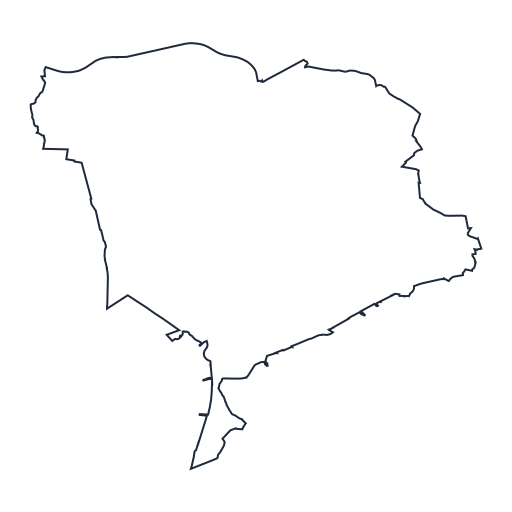 outline of Breda, Noord-Brabant, Netherlands
{"feature_id": "6326949B29161299179415", "entity_name": "Breda", "entity_type": "district", "adm_level": 2, "iso_a3": "NLD", "parent_name": "Netherlands", "parent_adm1": "Noord-Brabant", "projection": "natural_earth1", "projection_center": [4.749, 51.564], "detail": "fine", "context": "isolated", "style": "outline", "palette": "slate", "viewbox_px": 512, "rotation_deg": 0, "n_neighbors": 0, "source": "geoboundaries", "source_scale": "gbopen_adm2", "svg_char_len": 5858}
<svg xmlns="http://www.w3.org/2000/svg" viewBox="0 0 512 512"><path d="M107.0,308.7L127.7,295.3L146.9,307.8L154.6,313.3L162.6,318.5L179.2,330.2L166.7,334.8L172.2,340.9L175.2,338.9L176.2,339.2L178.5,338.9L178.8,338.8L180.5,337.1L179.8,336.3L180.1,335.7L180.4,335.6L181.3,336.2L182.1,335.0L182.5,334.7L182.8,333.9L182.6,332.5L182.8,331.5L184.0,331.3L185.1,331.9L186.8,331.6L188.6,332.6L189.1,333.1L189.3,334.2L189.6,334.6L191.9,335.9L193.8,338.1L194.8,339.1L196.2,340.1L198.4,341.0L201.1,342.6L201.6,343.3L200.5,344.5L199.8,344.7L199.5,345.2L199.6,345.6L200.0,345.8L203.7,342.4L204.8,341.7L206.7,341.0L207.4,344.0L207.5,345.1L207.4,346.1L206.8,347.6L205.0,350.2L204.3,351.3L203.8,353.2L203.9,354.5L204.1,355.8L204.7,357.0L206.0,358.7L207.8,360.1L210.4,361.2L210.7,364.2L210.4,364.2L210.4,364.9L210.6,364.8L211.8,377.7L209.8,377.8L208.1,378.1L204.6,379.6L203.5,379.7L203.3,380.0L203.5,380.1L203.6,380.5L208.7,379.1L210.1,378.9L212.0,379.1L212.2,384.0L212.0,383.9L211.7,392.2L211.1,399.5L209.8,407.2L208.1,414.6L199.7,414.1L199.6,414.9L206.9,415.7L204.9,422.4L198.4,443.2L198.3,442.9L196.0,450.3L195.0,450.9L194.5,451.8L193.8,456.9L191.8,465.7L190.9,468.8L213.4,459.9L217.4,458.1L217.8,456.6L218.0,454.9L220.3,452.1L223.9,445.6L224.1,445.0L224.7,442.1L223.7,440.4L222.5,438.7L230.4,430.3L235.8,428.3L236.0,428.8L242.3,429.3L242.8,428.0L243.9,426.1L245.3,423.9L245.8,423.4L241.9,419.5L242.0,419.3L239.3,418.3L235.4,415.6L232.0,414.1L229.8,410.7L226.7,405.2L226.0,402.6L225.4,401.9L224.4,398.6L223.6,396.6L222.3,395.2L221.7,393.6L219.7,390.6L218.5,388.5L218.4,388.0L218.8,387.7L219.6,383.7L221.5,381.3L221.8,380.6L221.8,380.0L222.4,378.6L225.8,378.4L231.1,378.6L239.4,378.6L242.1,378.4L246.2,377.6L246.0,377.3L247.5,376.3L248.6,374.9L254.3,365.8L255.0,365.0L255.9,364.4L261.2,362.1L264.0,361.9L264.4,362.2L265.1,364.4L266.7,365.3L266.9,365.9L267.5,365.7L267.1,365.2L267.0,364.6L267.5,363.9L267.3,363.4L266.1,362.6L265.8,361.4L265.4,361.2L267.0,355.9L276.1,353.0L276.9,353.1L276.7,352.8L276.1,352.6L282.8,349.9L283.1,350.5L283.7,350.4L291.3,347.1L292.2,347.2L291.5,346.2L296.3,344.4L309.2,339.0L311.3,338.6L318.0,335.5L319.5,335.1L321.9,334.9L322.1,334.6L327.4,334.9L329.9,334.2L331.2,333.6L332.2,332.8L332.9,332.3L329.4,330.3L328.7,329.7L330.0,329.1L330.4,329.0L330.5,329.1L333.4,327.5L333.3,327.4L333.6,327.3L334.0,327.0L348.7,318.7L348.4,318.4L350.3,317.1L353.0,315.6L353.3,315.6L359.3,312.3L361.0,313.9L361.8,314.3L363.5,315.1L364.4,314.7L364.7,315.1L364.8,314.9L361.0,311.1L374.6,303.8L376.4,306.0L377.7,305.8L377.8,305.9L378.0,305.7L376.6,304.1L376.5,303.7L376.7,303.3L380.1,301.5L381.4,302.6L380.7,301.2L392.4,295.4L392.0,295.2L395.0,293.8L399.4,294.4L399.5,295.9L404.2,296.0L404.2,296.3L408.6,295.9L409.0,296.1L410.3,293.4L412.4,291.7L413.3,290.4L414.0,288.5L414.0,286.1L416.2,285.4L417.2,284.9L422.3,283.3L439.4,279.5L442.0,279.0L443.3,279.2L443.8,279.1L444.0,278.8L444.0,278.5L447.5,280.4L448.8,281.0L450.6,278.7L452.0,277.5L452.9,277.0L454.3,276.6L463.0,275.1L462.8,273.0L464.5,271.1L465.4,269.4L472.1,270.8L472.4,269.2L474.1,268.0L474.9,265.6L475.7,262.5L475.2,262.5L474.7,259.5L474.0,258.0L472.5,255.9L472.4,254.8L472.4,254.4L475.6,253.9L475.4,251.4L474.5,249.2L477.0,249.8L477.1,249.4L480.6,248.9L481.3,248.6L477.9,238.5L477.6,238.9L477.3,238.9L469.5,236.1L467.8,234.8L467.9,233.0L470.9,228.1L468.0,228.4L465.6,216.2L462.0,215.6L449.3,215.8L444.8,215.5L439.8,212.6L433.4,209.6L425.2,203.5L425.2,202.9L424.2,201.7L422.7,199.1L420.0,198.0L418.6,182.6L420.0,182.8L419.2,180.0L418.4,174.3L418.1,174.2L418.7,170.5L416.0,169.2L401.9,166.7L406.0,162.6L406.0,162.2L405.4,161.7L414.0,155.2L414.2,153.1L417.4,150.7L421.9,149.3L420.7,147.0L416.1,140.9L416.6,140.7L416.2,139.7L415.4,138.3L412.5,135.6L415.1,126.1L417.8,121.3L420.1,113.9L412.5,107.4L399.8,99.4L398.2,98.9L393.5,96.3L389.2,93.4L385.5,87.4L385.0,86.9L384.4,86.6L383.6,86.7L382.8,86.2L381.9,85.5L380.6,85.0L378.8,85.1L377.7,85.3L376.8,85.6L376.2,86.1L375.0,80.4L374.9,80.0L374.1,78.7L373.7,78.0L372.5,77.2L369.4,74.7L367.2,74.0L361.3,73.1L355.8,71.1L354.3,70.8L351.6,70.6L349.7,70.6L346.3,71.6L344.8,71.7L338.8,70.3L335.4,70.6L331.4,70.5L323.8,69.5L308.3,66.5L305.1,67.3L305.4,65.8L307.2,64.0L307.6,63.5L306.9,61.8L304.6,60.7L303.7,59.8L278.4,73.5L272.1,76.8L266.0,80.1L265.5,80.6L263.0,81.8L262.6,81.9L262.2,81.4L262.4,81.1L262.1,80.4L261.5,81.3L260.8,81.5L259.4,80.8L257.8,81.1L256.1,72.3L254.7,69.2L252.9,66.8L251.4,65.2L248.5,62.6L247.2,61.7L242.4,59.2L238.2,57.6L235.1,56.9L225.8,55.4L221.0,54.0L218.5,53.0L216.0,51.7L208.5,47.2L203.9,45.1L201.1,44.3L197.9,43.7L192.3,43.2L189.7,43.2L185.5,43.7L127.1,56.8L123.7,57.0L117.0,57.0L117.1,57.3L113.4,57.0L105.5,57.6L100.2,58.9L95.7,60.8L85.5,67.7L80.5,70.1L78.7,70.8L74.0,71.8L70.5,72.2L67.1,72.3L63.6,72.1L60.8,71.7L56.6,70.6L45.7,67.1L44.6,69.4L44.4,70.5L45.0,76.2L41.4,76.5L43.0,79.5L43.5,80.2L43.9,80.5L44.3,81.3L45.1,82.4L45.1,82.9L45.0,83.6L42.5,91.3L42.2,91.9L41.6,92.4L40.5,92.8L39.3,94.7L38.6,96.1L38.0,96.8L36.9,97.6L36.4,98.8L35.6,99.8L35.5,100.9L35.6,101.8L35.2,102.6L34.0,103.5L31.1,104.2L30.7,104.5L30.7,106.6L31.0,108.6L30.9,109.5L31.5,111.3L31.7,112.6L32.2,113.9L32.4,115.2L32.1,117.4L33.4,119.8L34.2,124.6L35.6,126.2L37.3,126.3L37.9,127.0L37.6,128.1L38.1,130.0L38.0,130.8L37.7,131.5L36.8,132.6L36.7,132.9L38.4,133.0L39.3,133.7L40.9,134.5L41.7,135.3L43.6,135.5L44.1,136.1L44.0,136.9L43.8,137.2L44.8,139.2L44.5,140.1L44.8,141.2L44.4,142.1L44.5,142.8L43.9,143.9L44.0,145.3L43.1,148.8L67.8,149.4L66.3,159.2L74.3,160.5L74.2,161.3L74.9,161.6L81.6,162.7L91.3,198.6L90.7,198.7L90.5,199.1L91.5,204.3L95.8,210.8L100.0,229.6L101.0,230.0L101.3,230.9L102.5,235.7L103.4,240.0L103.6,240.6L104.7,241.7L106.0,246.3L105.9,247.1L104.9,249.5L104.7,254.0L104.5,254.9L104.6,256.7L105.0,258.7L105.1,258.9L104.8,259.3L107.0,268.0L106.7,268.1L107.5,272.2L107.9,276.6L107.3,304.4L107.1,305.6L107.0,308.7Z" fill="none" stroke="#1e293b" stroke-width="2"/></svg>